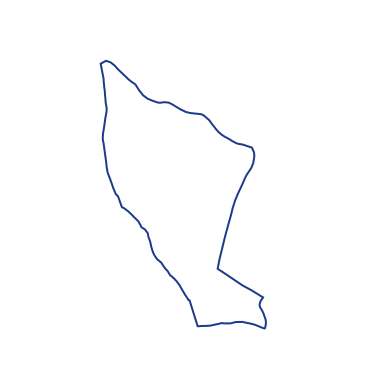 Beausejour/Ndc, Gros Islet, Saint Lucia (Mercator projection), rotated 249°
{"feature_id": "8701671B72446042689753", "entity_name": "Beausejour/Ndc", "entity_type": "district", "adm_level": 2, "iso_a3": "LCA", "parent_name": "Saint Lucia", "parent_adm1": "Gros Islet", "projection": "mercator", "projection_center": [-60.928, 14.077], "detail": "fine", "context": "isolated", "style": "outline", "palette": "blue", "viewbox_px": 384, "rotation_deg": 249, "n_neighbors": 0, "source": "geoboundaries", "source_scale": "gbopen_adm2", "svg_char_len": 4047}
<svg xmlns="http://www.w3.org/2000/svg" viewBox="0 0 384 384"><g transform="rotate(249 192 192)"><path d="M211.9,263.9L217.0,257.7L218.0,256.5L218.6,255.6L219.2,254.5L219.8,253.4L220.7,252.0L221.5,251.1L222.4,250.2L223.3,249.5L224.6,248.3L225.5,247.5L226.6,246.8L227.6,246.1L228.9,244.9L229.9,244.2L230.8,243.3L231.7,242.5L233.2,241.4L234.0,240.8L235.2,240.0L236.1,239.6L237.6,238.8L238.7,238.1L239.9,237.8L241.0,237.3L242.7,236.7L243.7,236.5L245.2,236.0L246.1,235.7L247.9,235.1L249.0,234.8L250.2,234.5L251.3,234.3L252.1,234.1L252.9,233.7L254.1,233.2L255.2,232.6L256.2,232.1L257.8,231.2L258.7,230.7L259.9,229.8L260.8,229.1L261.3,228.6L261.6,227.7L262.3,226.7L262.9,225.5L263.4,224.4L264.2,222.8L264.8,221.8L265.3,220.7L265.8,219.7L266.7,218.1L267.5,217.1L268.1,216.1L268.8,215.2L270.0,213.9L271.0,213.1L271.9,212.1L272.7,211.4L274.0,210.3L274.9,209.6L276.0,208.7L277.0,208.0L278.3,206.9L279.2,206.3L280.2,205.4L281.2,204.7L282.5,203.5L283.3,202.8L284.0,201.8L284.6,200.7L285.3,199.5L285.6,198.5L286.2,196.7L286.7,194.2L287.8,192.1L291.3,187.9L295.0,184.0L299.8,181.0L306.2,179.0L312.7,177.7L316.8,174.9L319.7,173.2L333.0,166.9L337.8,165.1L342.3,162.4L345.3,158.7L344.7,154.4L344.5,152.7L329.2,150.0L328.8,149.8L326.6,149.1L323.6,148.3L320.4,147.4L317.6,146.8L314.8,145.9L311.6,145.0L308.7,144.2L306.3,143.4L303.0,142.8L301.0,142.4L299.1,141.7L296.4,140.3L292.1,137.6L286.1,134.3L282.0,132.0L278.4,129.8L274.3,128.0L271.9,127.3L269.6,127.0L251.2,122.7L245.6,121.2L240.3,120.2L235.7,120.2L228.9,120.1L223.4,119.9L218.2,120.1L217.5,120.1L214.7,121.2L214.4,121.4L202.9,121.1L202.3,121.8L201.5,122.6L200.4,123.3L199.4,123.9L197.9,124.8L196.9,125.5L195.7,126.1L194.6,126.5L193.1,127.3L192.1,127.8L190.8,128.3L189.6,128.7L187.9,129.6L187.0,130.0L185.8,130.5L184.8,131.0L183.6,131.5L183.0,131.5L181.9,131.7L180.6,131.9L179.4,132.1L177.6,132.1L176.6,132.6L175.6,133.4L174.7,134.1L173.9,134.6L173.2,134.9L171.8,135.2L170.7,135.6L169.5,135.9L167.7,135.6L166.6,135.4L165.3,135.2L164.2,135.2L162.4,135.2L161.2,135.2L159.9,135.0L158.7,134.9L157.1,134.6L155.9,134.4L154.7,134.3L153.3,134.2L151.8,134.0L150.3,134.1L149.1,134.0L148.0,134.1L146.3,134.2L145.0,134.6L143.8,134.8L142.7,135.1L142.0,135.3L141.1,135.7L140.0,136.4L139.0,137.0L137.8,137.5L137.1,138.0L136.3,138.2L135.0,138.4L133.7,138.7L132.7,138.9L131.0,139.4L129.7,139.7L128.5,140.3L127.5,140.7L125.9,141.1L124.7,141.3L123.2,141.6L122.1,141.8L120.7,142.7L119.6,143.3L118.4,143.9L117.4,144.4L115.7,145.0L114.7,145.5L113.4,145.9L112.4,146.2L110.6,146.6L109.4,147.0L108.2,147.2L107.0,147.3L105.3,147.6L104.0,147.8L102.8,148.0L101.7,148.2L99.9,148.5L98.5,148.7L97.5,149.0L96.4,149.2L94.6,149.6L93.3,149.9L92.3,150.0L91.8,150.9L64.7,149.2L64.2,150.3L63.7,152.1L63.4,153.1L62.9,154.5L62.5,155.6L61.9,157.3L61.6,158.3L61.1,159.7L60.8,160.7L60.5,162.3L60.3,163.7L60.0,165.9L59.6,168.0L59.5,168.9L59.3,170.2L59.1,171.7L59.1,172.5L58.7,173.2L58.2,174.2L57.6,175.5L57.2,176.5L56.5,178.4L56.1,179.3L55.6,180.6L55.5,181.6L55.2,183.4L55.1,184.6L55.0,185.9L54.6,187.2L54.1,188.6L53.6,189.9L53.1,191.1L52.8,192.2L52.7,192.6L51.7,193.9L50.6,195.7L49.8,196.8L48.9,198.3L48.7,198.7L48.0,199.8L45.5,203.2L42.5,206.4L40.7,208.3L38.7,210.5L38.7,211.3L39.2,211.7L39.8,212.1L40.4,212.5L41.0,212.9L41.5,213.1L42.1,213.5L42.7,213.8L43.4,214.1L44.1,214.4L44.8,214.6L45.6,214.8L46.3,214.9L47.0,215.0L47.7,215.1L48.3,215.1L48.9,215.1L49.5,215.1L50.1,215.1L50.7,215.1L51.3,215.1L52.0,215.2L52.6,215.2L53.3,215.2L54.0,215.1L54.8,215.1L55.5,215.0L56.3,214.9L57.1,214.8L57.9,214.7L58.8,214.5L59.7,214.3L60.6,214.3L61.5,214.4L62.3,214.7L63.0,215.0L63.6,215.4L64.3,215.9L65.0,216.4L65.6,217.1L66.1,217.7L66.7,218.5L67.2,219.3L67.7,220.0L68.1,220.6L70.3,218.9L76.1,214.5L79.2,212.1L86.5,205.8L89.2,203.9L100.5,196.0L103.4,194.0L111.1,188.4L119.4,193.6L134.1,203.8L137.6,206.2L148.0,213.8L149.0,214.5L150.1,215.4L150.7,215.8L155.9,219.7L162.5,224.3L168.5,229.1L173.8,234.1L180.5,241.1L186.5,247.0L188.5,249.3L193.3,256.1L197.3,259.7L203.0,263.0L206.7,264.1L210.9,263.9L211.9,263.9Z" fill="none" stroke="#1e3a8a" stroke-width="2"/></g></svg>